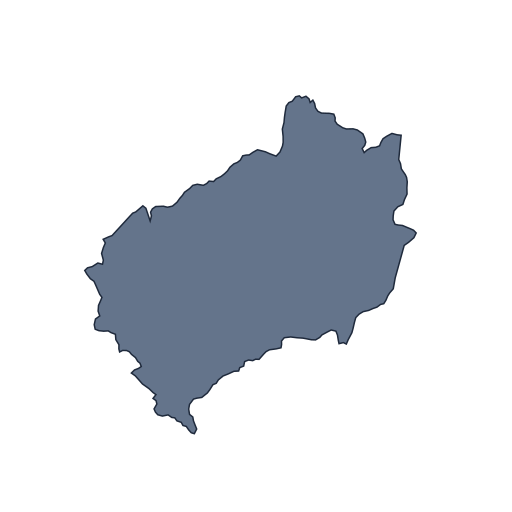 outline of Itirapina, São Paulo, Brazil, rotated 39°
{"feature_id": "56859067B43093187714346", "entity_name": "Itirapina", "entity_type": "district", "adm_level": 2, "iso_a3": "BRA", "parent_name": "Brazil", "parent_adm1": "São Paulo", "projection": "albers", "projection_center": [-47.835, -22.292], "detail": "fine", "context": "isolated", "style": "filled", "palette": "slate", "viewbox_px": 512, "rotation_deg": 39, "n_neighbors": 0, "source": "geoboundaries", "source_scale": "gbopen_adm2", "svg_char_len": 3170}
<svg xmlns="http://www.w3.org/2000/svg" viewBox="0 0 512 512"><g transform="rotate(39 256 256)"><path d="M292.8,70.8L289.4,73.0L284.5,75.2L282.2,80.7L280.9,84.9L281.6,89.1L282.7,92.6L280.7,96.1L277.3,99.3L275.5,104.2L275.0,107.6L270.9,105.7L270.9,101.6L269.6,98.4L266.3,96.0L262.2,93.8L255.4,94.3L251.4,96.1L246.3,100.4L242.6,101.8L236.2,102.5L232.5,101.4L230.6,98.8L227.2,96.8L223.3,98.9L220.7,100.9L217.0,103.7L213.1,104.6L209.1,103.5L205.6,100.6L202.1,99.1L201.5,102.6L198.3,100.5L194.3,100.4L192.0,104.4L188.9,104.3L186.6,107.3L186.8,112.9L185.0,116.1L185.1,120.4L188.3,126.1L190.9,130.4L193.8,134.7L196.6,140.8L201.8,146.0L205.6,150.6L207.4,153.9L209.2,160.1L208.8,165.7L202.2,167.9L197.7,169.1L194.2,170.7L190.3,172.5L188.3,177.5L187.1,181.7L184.8,183.8L182.6,186.5L183.5,191.4L182.6,195.1L180.8,198.3L179.9,203.4L180.3,207.8L179.8,211.8L178.8,216.2L176.5,221.1L176.2,224.8L172.4,227.3L172.1,230.7L170.6,234.2L165.2,237.2L162.4,240.9L162.0,245.2L160.3,251.5L160.7,255.1L160.5,259.0L160.8,263.9L159.7,269.8L156.5,273.8L152.7,275.6L150.2,277.8L146.9,280.7L145.8,284.6L146.5,288.3L149.5,290.6L151.7,295.4L140.4,288.2L136.5,288.2L134.8,297.5L133.2,300.3L132.9,304.8L131.3,330.7L129.4,333.9L126.7,339.2L130.7,340.7L132.1,345.6L134.4,351.2L140.0,355.3L141.9,359.0L137.5,361.0L135.4,367.3L132.5,371.2L132.0,375.0L135.9,376.5L141.6,377.9L146.0,377.6L149.8,379.5L158.6,384.1L162.3,385.1L163.4,388.7L164.7,393.5L168.0,398.2L172.3,400.9L170.9,406.0L173.5,411.2L177.1,414.1L180.9,412.9L184.9,410.3L188.3,407.2L191.5,406.8L196.0,405.3L199.7,409.2L205.3,411.2L207.9,414.5L210.4,416.4L211.8,413.3L214.9,410.9L217.9,410.1L221.1,410.8L226.3,410.8L230.4,412.3L233.3,412.3L236.4,414.1L235.4,417.3L233.3,421.0L232.8,425.4L237.7,425.1L241.9,425.8L248.3,426.9L256.5,426.4L261.9,426.9L265.5,426.7L265.6,431.5L269.3,431.3L272.1,433.4L273.0,439.0L276.1,440.6L279.6,441.2L284.0,439.3L287.7,434.8L292.1,434.5L294.7,432.9L298.3,433.9L302.6,432.3L305.9,433.7L309.1,432.3L313.1,433.5L316.9,434.1L319.9,432.9L318.8,427.8L314.5,425.4L311.2,423.5L308.2,420.9L304.0,420.9L300.0,417.3L297.7,413.1L297.5,406.5L299.5,403.7L302.9,400.0L303.6,396.6L304.4,393.1L304.2,388.8L303.5,383.1L305.2,380.0L304.7,376.0L305.9,370.0L308.7,365.0L311.4,359.5L314.9,356.3L313.6,353.0L315.7,349.3L313.6,345.2L315.7,341.5L319.3,339.4L320.6,336.5L323.4,334.4L323.7,327.3L324.0,324.0L325.5,320.4L330.1,315.5L333.2,311.6L331.6,308.7L329.3,306.0L329.4,301.7L333.9,297.1L339.2,293.8L344.0,290.4L346.9,288.8L351.8,286.2L355.1,283.7L356.8,279.1L356.9,275.8L359.2,270.3L361.0,266.2L365.4,264.1L369.1,266.2L373.1,269.8L375.7,271.9L378.4,268.3L381.6,267.6L380.3,262.9L378.8,255.3L376.9,251.0L374.3,245.7L372.3,241.1L372.7,236.3L374.3,231.8L377.8,227.4L380.0,223.1L382.2,219.6L383.3,215.2L385.3,212.7L384.8,208.6L383.5,204.1L383.1,200.5L383.3,195.1L377.9,185.3L364.5,154.5L366.0,149.2L367.2,142.4L366.0,137.3L362.2,136.8L358.8,137.7L355.1,138.8L350.6,140.1L347.1,142.4L344.1,143.9L339.7,141.6L337.4,138.5L334.9,134.3L335.2,128.5L337.7,123.5L335.9,118.8L334.4,112.8L330.3,108.0L326.9,103.2L323.6,100.2L320.8,98.8L317.3,97.8L314.1,96.8L310.2,93.3L306.2,91.2L292.8,70.8Z" fill="#64748b" stroke="#1e293b" stroke-width="1.5"/></g></svg>